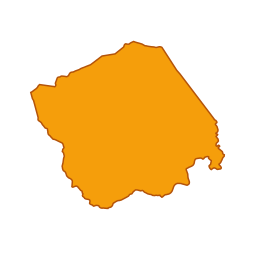 the district of Marale, Francisco Morazán, Honduras, rotated 238°
{"feature_id": "27666195B80016530117423", "entity_name": "Marale", "entity_type": "district", "adm_level": 2, "iso_a3": "HND", "parent_name": "Honduras", "parent_adm1": "Francisco Morazán", "projection": "natural_earth1", "projection_center": [-87.147, 14.938], "detail": "fine", "context": "isolated", "style": "filled", "palette": "amber", "viewbox_px": 256, "rotation_deg": 238, "n_neighbors": 0, "source": "geoboundaries", "source_scale": "gbopen_adm2", "svg_char_len": 5534}
<svg xmlns="http://www.w3.org/2000/svg" viewBox="0 0 256 256"><g transform="rotate(238 128 128)"><path d="M54.3,195.5L54.8,195.1L55.9,194.8L56.4,194.9L56.9,195.2L57.5,195.4L58.2,195.4L60.7,194.6L62.0,194.1L63.0,193.9L63.3,194.0L63.5,194.1L63.8,195.8L64.0,196.1L64.9,196.0L65.4,195.7L65.5,195.5L65.5,195.2L65.3,194.2L65.4,193.8L65.6,193.6L65.9,193.4L66.2,193.4L66.5,193.4L66.9,193.6L67.4,194.0L67.8,194.4L68.1,194.7L68.4,195.4L68.5,196.2L68.6,196.6L68.9,197.3L69.1,197.8L70.4,198.3L71.2,198.5L72.0,198.3L72.8,198.3L74.2,198.2L74.3,198.4L74.6,200.0L74.8,200.4L75.0,200.6L75.4,200.5L76.1,199.8L76.5,199.6L76.9,199.7L77.1,200.2L77.1,201.0L77.3,201.8L77.7,202.5L78.4,203.1L78.7,203.3L79.3,203.5L80.8,203.9L81.7,204.2L83.4,204.2L84.3,204.0L84.8,204.1L85.1,204.3L85.3,204.7L85.4,205.2L85.4,205.8L85.5,206.2L85.9,206.5L86.4,206.6L87.8,206.5L89.5,205.6L89.9,205.8L146.2,200.7L151.1,199.9L178.3,199.5L178.7,199.3L179.3,198.9L180.0,198.1L180.4,197.4L180.7,196.5L181.2,194.9L181.6,194.3L181.9,193.9L182.4,193.5L183.0,192.9L184.5,190.9L186.7,188.3L188.1,186.9L188.7,186.0L191.7,184.4L194.0,182.4L195.7,180.8L197.2,179.5L198.4,178.6L198.7,176.4L198.8,175.1L198.6,173.4L199.0,172.6L199.6,171.7L200.1,171.1L200.5,170.9L200.7,170.1L200.6,169.4L200.3,168.8L199.0,167.3L197.7,156.3L202.8,144.1L201.5,129.8L203.4,119.6L203.4,118.4L203.4,117.6L204.3,113.4L204.4,111.9L204.6,111.1L205.2,109.8L205.4,109.1L205.5,108.7L205.4,108.1L205.2,107.4L204.0,105.3L203.9,104.4L203.9,103.6L204.0,103.2L205.6,101.4L207.2,99.3L207.3,98.9L207.4,98.4L207.5,98.0L207.4,97.6L207.4,97.2L207.9,96.2L208.1,95.7L208.1,95.2L208.0,94.7L207.6,94.1L206.5,92.7L205.9,92.0L205.1,90.9L204.5,90.2L204.2,90.0L203.8,89.9L203.5,89.8L203.1,89.8L202.6,89.5L202.2,89.1L201.8,88.1L201.8,87.7L202.4,87.2L203.5,85.8L211.7,76.0L211.3,74.3L210.4,72.6L210.0,70.9L209.9,69.2L209.8,68.0L209.6,66.0L209.6,64.9L209.7,64.4L203.5,62.5L201.4,62.5L184.7,57.4L184.1,57.1L183.1,56.3L182.6,56.1L182.0,56.0L181.6,56.1L179.5,57.0L178.4,57.3L178.1,57.3L176.2,57.2L174.5,57.5L172.2,57.7L171.9,57.8L171.5,58.1L170.6,58.9L170.3,59.1L169.9,59.2L169.6,59.1L168.7,58.6L167.8,58.3L167.2,58.0L166.6,57.6L165.9,57.4L165.4,57.2L165.1,57.1L164.1,57.2L162.4,57.8L161.7,57.8L160.3,58.1L158.6,58.4L158.1,58.6L157.2,59.7L155.6,60.8L153.8,61.9L150.7,63.9L149.8,64.3L149.4,64.3L148.9,64.3L147.3,63.9L147.0,63.7L145.7,63.5L145.3,63.3L145.1,63.0L144.6,61.7L144.5,61.4L143.3,60.3L143.1,60.0L143.0,59.9L142.8,59.8L141.8,60.1L141.1,60.1L140.5,59.9L138.0,59.1L137.1,58.2L136.5,57.4L133.0,54.5L130.7,52.1L130.5,51.9L129.4,51.5L128.3,51.0L127.1,50.7L126.2,50.6L125.6,50.8L124.8,51.2L123.6,51.5L121.9,51.2L120.1,50.7L119.5,50.7L117.3,51.2L115.7,52.2L114.8,52.6L113.2,52.9L112.4,52.6L111.6,52.1L109.1,50.2L108.6,49.9L108.3,49.5L107.8,49.4L107.6,49.4L107.4,49.5L107.2,49.7L107.0,50.1L106.5,52.6L106.3,53.0L106.2,53.3L105.9,53.6L105.6,53.9L104.4,54.3L103.7,54.3L102.8,54.5L100.3,54.8L99.8,55.0L99.5,55.2L99.2,55.4L98.5,55.5L98.3,55.4L97.2,54.8L96.6,54.9L96.1,54.9L95.8,54.7L95.4,54.1L94.9,53.6L94.5,53.5L94.1,53.4L92.2,54.0L91.2,54.0L90.1,54.7L88.3,56.7L87.7,57.1L87.4,57.3L87.0,57.3L86.0,56.9L84.6,55.6L84.4,55.5L84.1,55.5L83.8,55.5L82.8,56.0L81.4,57.0L80.1,57.3L79.8,57.8L79.5,59.2L79.3,60.0L79.0,60.4L78.0,61.6L77.7,61.9L77.5,62.0L76.2,61.9L75.6,62.1L74.9,62.4L74.4,62.8L74.0,63.2L73.8,63.5L73.0,65.0L72.5,65.5L72.0,66.2L71.2,67.2L71.0,67.5L70.9,68.0L70.7,68.1L70.4,68.3L70.6,69.2L70.6,69.5L70.6,69.8L70.3,70.5L70.1,71.2L70.0,71.7L70.1,72.3L70.3,73.2L70.5,73.7L71.8,75.3L71.9,75.6L72.1,76.2L71.9,76.6L72.0,77.3L72.0,78.1L72.0,79.1L71.8,80.8L71.7,81.2L71.3,81.7L71.0,82.5L70.5,84.2L70.1,89.7L70.0,92.3L70.6,93.8L70.7,94.4L70.6,95.1L70.2,96.1L70.2,96.6L70.8,97.9L71.1,98.7L71.5,101.2L71.5,101.6L71.4,101.8L70.1,103.5L68.7,104.7L68.7,104.8L68.7,105.0L67.9,105.5L67.6,106.7L67.5,106.9L67.3,107.2L67.0,107.4L66.5,107.6L65.4,107.8L64.8,108.0L64.2,108.4L63.6,108.8L61.8,109.8L60.2,111.3L59.3,112.4L59.0,112.6L58.3,112.9L57.9,113.1L56.6,114.7L56.1,116.2L55.7,116.6L55.0,117.4L54.1,119.4L53.8,119.5L53.3,119.4L52.9,119.4L52.5,119.7L51.4,120.0L51.3,120.3L51.3,120.9L51.6,122.5L51.7,124.1L51.6,124.4L51.3,124.9L50.4,127.6L50.3,128.6L50.4,130.0L50.8,131.2L51.3,132.2L53.4,134.9L54.2,135.8L54.5,136.5L54.8,137.1L55.0,137.8L55.1,138.6L55.1,139.3L55.0,140.1L54.9,140.4L53.8,142.2L53.2,143.0L52.9,143.5L51.9,144.3L50.1,146.0L48.7,147.2L48.2,147.8L48.1,148.1L48.1,148.4L48.1,149.2L48.2,149.9L48.4,150.4L48.8,150.8L49.3,151.2L49.8,151.5L50.9,151.8L53.6,152.4L55.4,153.2L56.6,153.9L57.4,154.3L60.7,155.0L61.6,155.2L62.0,155.3L62.3,155.5L62.5,156.0L62.5,156.7L62.4,157.6L62.4,158.8L62.0,160.9L61.9,162.1L61.9,162.9L62.0,163.5L62.3,164.3L62.9,165.2L63.4,165.8L64.2,166.4L65.2,167.5L65.7,168.2L65.8,168.6L65.9,168.9L65.8,169.6L65.5,170.5L64.3,173.3L63.9,173.8L63.4,174.3L62.7,174.7L62.1,174.9L61.9,175.1L61.9,175.5L61.9,176.0L62.5,177.7L62.3,178.2L62.2,178.9L61.8,180.1L61.5,180.6L61.1,180.9L60.9,181.1L60.7,181.0L60.3,180.8L60.0,180.4L59.6,180.3L58.1,180.6L56.3,181.3L56.1,181.3L55.5,180.8L54.3,179.6L53.5,178.9L53.3,178.4L53.3,177.7L53.1,177.1L53.0,176.8L52.9,176.6L52.4,176.4L51.7,176.2L50.8,176.1L50.0,176.2L49.2,176.3L48.6,176.6L48.8,179.0L48.6,179.6L48.4,180.1L48.0,180.4L47.6,180.7L47.0,181.1L46.0,181.5L45.6,181.8L45.4,182.0L44.9,183.4L44.5,184.2L44.3,184.7L44.3,184.9L44.3,185.3L44.6,185.8L45.0,186.1L46.0,186.2L46.5,186.2L48.5,185.8L48.8,185.8L49.0,185.9L49.2,186.1L49.2,186.4L49.4,187.7L49.6,188.3L50.5,189.6L51.2,190.8L52.0,191.9L52.6,192.8L52.7,193.2L52.8,193.7L53.1,194.6L54.3,195.5Z" fill="#f59e0b" stroke="#b45309" stroke-width="1.5"/></g></svg>